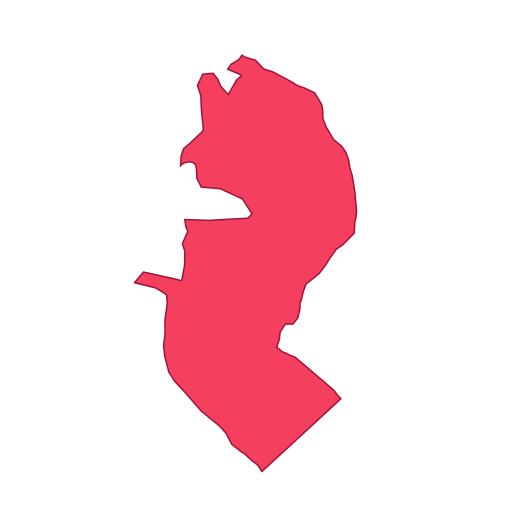 Ohaji/Egbema, Imo, Nigeria (Mercator projection), rotated 219°
{"feature_id": "59680162B99262810585367", "entity_name": "Ohaji/Egbema", "entity_type": "district", "adm_level": 2, "iso_a3": "NGA", "parent_name": "Nigeria", "parent_adm1": "Imo", "projection": "mercator", "projection_center": [6.865, 5.422], "detail": "fine", "context": "isolated", "style": "filled", "palette": "rose", "viewbox_px": 512, "rotation_deg": 219, "n_neighbors": 0, "source": "geoboundaries", "source_scale": "gbopen_adm2", "svg_char_len": 2120}
<svg xmlns="http://www.w3.org/2000/svg" viewBox="0 0 512 512"><g transform="rotate(219 256 256)"><path d="M242.9,387.5L244.2,388.7L249.1,391.7L251.4,393.1L254.0,393.9L256.8,394.7L258.6,395.2L269.0,395.3L283.0,400.6L290.4,404.8L293.6,408.6L295.5,410.9L300.0,414.8L303.3,416.2L305.7,417.1L308.3,418.0L313.2,419.7L324.2,417.0L327.1,416.0L329.1,415.2L331.4,414.6L333.3,414.1L333.8,414.1L335.1,414.2L337.8,413.7L341.0,413.1L345.1,412.4L346.0,412.2L348.4,411.7L351.4,411.1L353.8,410.7L355.8,410.3L358.1,409.9L360.8,408.9L362.6,408.2L364.5,407.4L367.8,406.2L370.7,406.6L373.1,406.9L374.9,407.2L376.7,407.4L379.6,407.8L383.0,406.4L384.9,405.6L389.2,403.8L391.2,403.5L393.3,403.2L392.9,398.1L396.0,389.3L395.5,383.3L382.9,387.0L380.8,387.0L381.9,379.9L381.3,377.8L379.3,364.0L390.2,365.7L396.9,369.3L404.3,371.0L411.8,363.8L408.8,351.6L399.8,345.9L390.5,335.3L378.3,323.0L376.2,321.0L376.1,318.1L378.7,299.6L379.8,293.7L377.2,286.8L371.5,278.8L371.4,280.0L370.3,283.4L366.7,287.7L364.0,288.9L360.7,289.0L358.5,287.4L356.0,285.1L354.3,283.1L350.7,279.1L341.9,275.1L326.3,285.7L302.4,291.8L285.7,286.3L286.0,280.4L315.2,253.9L334.3,239.5L328.4,234.2L324.5,232.3L321.0,219.3L313.9,214.6L310.5,209.9L307.1,206.0L305.8,204.1L298.5,190.6L299.2,189.4L301.9,188.4L333.4,172.7L333.6,158.8L313.9,168.0L305.9,169.2L301.0,169.5L295.0,163.1L286.5,149.0L277.8,138.4L271.3,128.0L264.0,120.8L250.6,110.9L240.1,107.4L224.9,105.3L200.8,101.0L177.8,100.9L168.0,99.5L156.2,94.4L144.0,94.6L140.1,95.1L131.2,94.4L123.0,94.6L115.8,92.3L110.6,127.3L110.1,130.9L104.3,170.3L100.2,198.5L105.3,199.2L111.2,200.7L158.9,201.9L161.7,202.0L165.2,200.9L167.3,200.2L170.9,199.6L173.2,198.7L176.0,198.1L178.6,198.2L180.4,198.2L182.4,198.0L185.3,205.7L189.4,212.2L190.4,221.6L184.4,226.4L184.6,234.3L186.0,237.2L188.6,242.6L192.1,246.9L193.0,250.2L196.6,257.4L199.5,265.7L197.9,272.8L195.9,282.2L196.2,292.3L197.2,300.6L197.8,311.6L195.5,320.2L194.1,335.8L198.6,341.9L200.4,344.3L202.0,347.8L206.1,354.1L208.6,356.8L211.6,359.8L218.5,367.0L224.1,372.1L225.1,373.1L232.5,379.5L238.7,383.7L242.9,387.5Z" fill="#f43f5e" stroke="#9f1239" stroke-width="1.5"/></g></svg>